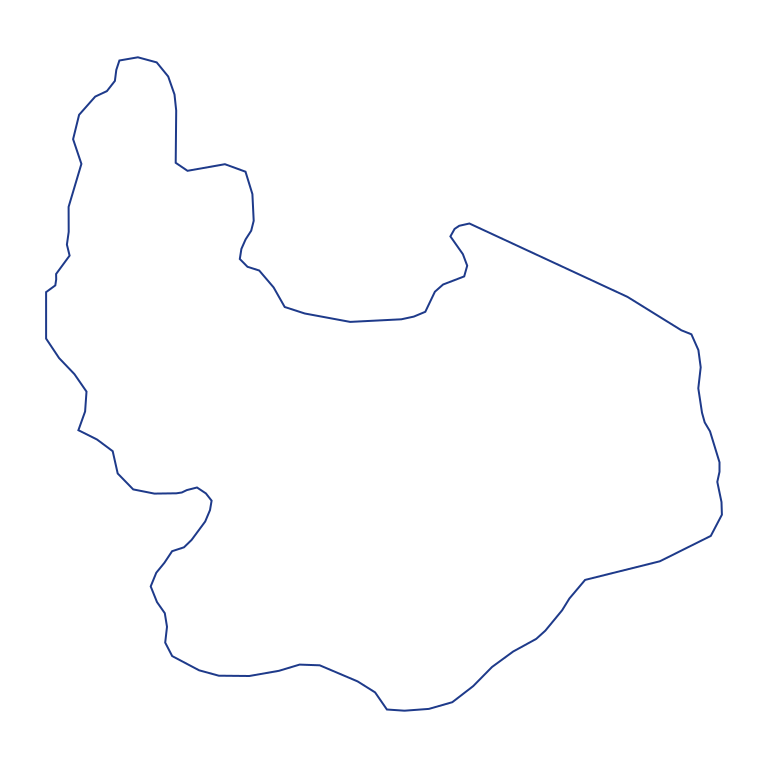 the border of Plateau
{"feature_id": "NGA-2866", "entity_name": "Plateau", "entity_type": "State", "adm_level": 1, "iso_a3": "NGA", "parent_name": "Nigeria", "parent_adm1": "", "projection": "orthographic", "projection_center": [9.38, 9.346], "detail": "fine", "context": "isolated", "style": "outline", "palette": "blue", "viewbox_px": 768, "rotation_deg": 0, "n_neighbors": 0, "source": "natural_earth", "source_scale": "10m", "svg_char_len": 1491}
<svg xmlns="http://www.w3.org/2000/svg" viewBox="0 0 768 768"><path d="M691.4,334.3L698.4,350.1L700.7,367.3L698.3,388.3L702.0,412.7L704.7,422.4L710.0,431.3L719.5,462.3L719.5,471.8L717.3,481.9L721.5,502.1L721.9,514.7L710.8,535.9L659.8,561.3L585.1,579.9L569.4,598.5L562.1,610.3L545.3,630.7L536.2,638.9L513.2,651.5L492.0,667.0L473.2,686.1L452.3,702.2L428.9,708.9L404.5,710.7L386.9,709.5L375.1,692.4L357.6,681.4L319.7,665.3L299.6,664.6L279.0,670.8L249.3,676.0L218.8,675.7L199.1,670.3L172.2,656.1L165.2,642.6L167.0,626.8L164.8,613.2L157.0,602.1L150.7,586.4L156.3,572.7L164.4,562.8L172.1,551.2L184.0,547.3L191.6,539.9L205.2,521.5L210.0,510.1L211.6,500.7L205.9,493.4L197.0,487.5L186.8,490.1L181.8,492.5L176.4,493.3L154.4,493.6L133.2,489.4L117.7,473.5L112.7,451.2L97.0,439.5L78.4,430.2L85.1,411.5L86.5,391.6L74.4,374.1L59.1,358.1L46.1,338.6L46.1,292.1L55.3,285.4L56.2,279.4L56.1,274.0L69.6,255.6L66.9,244.6L68.7,231.9L68.6,206.9L81.4,163.9L73.1,139.2L79.1,114.8L95.2,96.6L106.9,91.1L114.9,80.9L116.3,69.9L119.4,60.5L137.9,57.3L156.7,62.4L168.2,76.5L174.5,94.5L176.2,110.6L175.7,162.8L187.5,170.8L224.9,164.2L245.5,171.7L252.4,194.1L253.7,220.8L251.2,230.7L245.6,239.4L241.4,248.9L239.8,259.0L247.5,266.8L259.2,270.5L273.6,287.4L284.7,307.0L304.8,313.5L350.2,321.9L401.3,319.3L413.8,316.6L425.3,311.8L434.9,291.7L443.1,284.5L464.2,276.4L467.2,265.7L462.9,254.2L450.4,236.4L454.6,228.9L459.2,225.8L469.4,223.5L627.5,296.9L681.4,330.3L691.4,334.3Z" fill="none" stroke="#1e3a8a" stroke-width="2"/></svg>